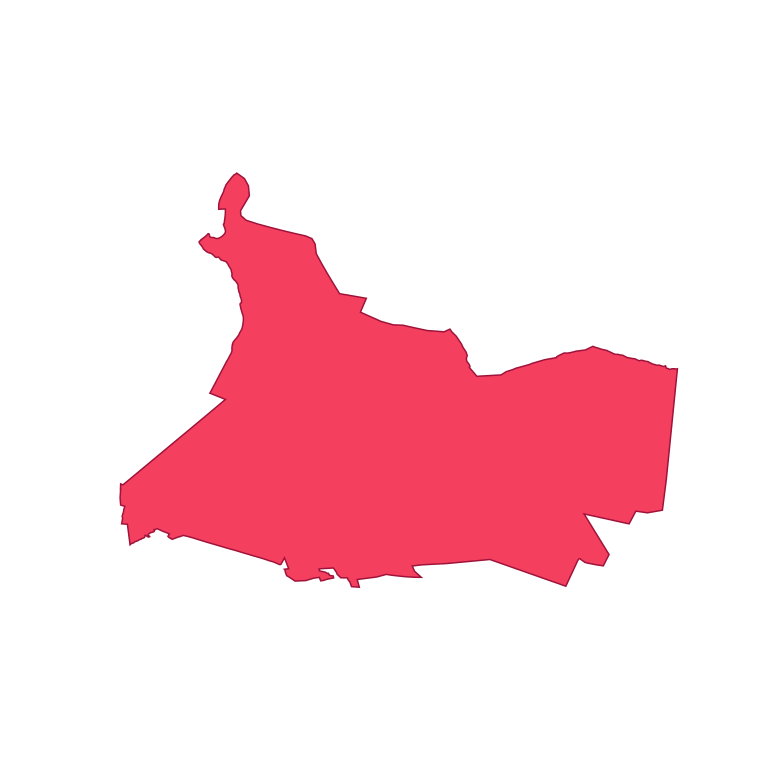 Ciuchici, Caras-Severin, Romania, rotated 166°
{"feature_id": "2599482B8913809213813", "entity_name": "Ciuchici", "entity_type": "district", "adm_level": 2, "iso_a3": "ROU", "parent_name": "Romania", "parent_adm1": "Caras-Severin", "projection": "equal_earth", "projection_center": [21.626, 44.928], "detail": "fine", "context": "isolated", "style": "filled", "palette": "rose", "viewbox_px": 768, "rotation_deg": 166, "n_neighbors": 0, "source": "geoboundaries", "source_scale": "gbopen_adm2", "svg_char_len": 6155}
<svg xmlns="http://www.w3.org/2000/svg" viewBox="0 0 768 768"><g transform="rotate(166 384 384)"><path d="M475.8,624.2L477.9,623.3L478.9,623.2L481.8,621.3L485.4,618.5L489.0,615.6L490.8,613.1L491.9,611.8L492.9,609.8L494.0,608.4L496.4,605.5L498.9,602.2L500.5,599.2L501.6,595.8L502.1,593.5L498.3,592.8L495.6,592.2L496.3,589.3L497.0,586.9L497.5,585.5L498.8,582.1L499.7,580.0L500.1,578.6L500.9,578.1L501.2,577.7L501.0,575.3L500.7,572.6L500.8,571.4L500.9,570.4L501.4,569.3L503.2,567.7L505.6,566.4L508.1,565.6L509.5,565.4L511.1,565.6L512.4,566.2L513.4,567.1L514.2,567.5L515.4,567.7L516.8,568.3L517.3,569.0L517.3,569.4L517.4,570.8L517.4,571.6L517.6,572.1L518.1,572.4L518.4,572.4L518.9,571.9L520.9,570.8L522.0,570.2L524.2,569.3L525.1,568.9L526.4,568.4L526.3,568.2L527.5,567.6L528.6,567.0L529.1,566.6L529.0,565.7L528.7,564.6L527.7,562.4L527.0,560.7L526.8,559.9L526.7,559.0L526.5,558.6L525.8,557.5L525.0,556.6L524.1,555.3L523.5,554.7L522.7,554.0L521.6,553.3L520.8,553.0L520.1,552.5L519.7,552.1L519.2,551.4L518.6,550.6L518.1,550.0L517.7,549.1L517.0,548.0L516.5,547.6L516.2,547.4L515.9,547.4L515.6,547.4L515.3,547.4L514.6,547.3L513.8,547.0L513.5,546.7L513.4,546.4L512.8,545.1L512.3,544.1L511.9,543.6L511.5,543.4L509.6,542.2L508.4,541.5L507.9,541.1L507.5,540.5L507.2,539.7L506.7,538.8L506.5,538.2L506.1,536.4L505.7,535.1L505.5,534.4L505.0,533.0L504.8,532.2L504.7,531.2L504.9,529.8L504.8,529.2L504.7,528.7L504.8,527.9L505.3,526.3L505.5,525.3L505.4,524.4L505.1,523.3L504.7,522.4L504.3,521.4L503.6,520.5L502.9,519.4L502.6,518.5L502.3,517.8L501.8,516.0L501.7,515.5L501.7,515.1L502.0,513.9L502.3,512.4L502.4,510.4L502.4,509.3L502.5,508.1L502.2,507.0L502.1,506.2L502.3,504.4L502.3,503.3L502.1,502.3L502.0,501.7L502.0,500.4L502.2,498.8L502.7,497.4L503.2,497.3L503.6,497.1L504.1,496.8L504.4,496.3L504.5,494.7L504.6,493.3L504.6,490.5L504.5,487.9L504.5,486.9L504.3,485.4L504.2,484.2L504.4,482.6L504.8,480.8L505.1,479.6L505.6,478.4L506.1,477.0L506.5,475.9L507.5,473.9L508.3,472.2L509.2,471.1L510.0,470.3L511.3,468.9L511.8,468.4L512.8,467.0L513.5,466.4L513.9,466.0L514.8,465.3L515.5,464.6L516.0,464.2L517.5,463.2L519.1,462.1L520.0,461.3L520.7,460.4L521.2,459.7L521.2,459.2L521.4,459.3L521.7,458.8L521.9,458.0L522.4,457.1L522.8,455.9L523.0,455.1L523.2,454.4L523.1,454.0L523.2,453.6L523.5,453.0L524.3,451.6L525.3,450.3L526.1,449.5L528.0,447.4L529.8,445.3L530.8,444.5L553.6,418.9L555.2,417.2L546.8,411.2L541.6,407.4L569.7,393.7L661.7,349.3L663.7,350.8L665.3,345.2L665.1,345.2L667.6,337.5L668.8,330.3L668.3,329.9L665.1,328.1L665.2,327.8L666.9,325.1L667.8,322.8L670.1,319.0L670.1,316.9L672.4,311.8L666.9,310.0L669.3,289.4L667.4,290.4L666.3,290.4L665.4,290.4L664.1,291.2L662.7,291.3L661.0,291.4L659.3,292.0L658.5,292.2L657.5,292.1L657.1,292.2L656.6,292.6L655.4,292.6L654.5,292.8L653.8,292.9L653.0,293.6L652.8,294.4L652.5,294.8L652.1,294.9L651.9,294.9L651.6,294.7L651.2,294.0L650.2,292.9L649.7,292.5L648.9,292.4L648.5,292.5L648.2,292.6L648.2,292.8L648.7,293.4L649.4,294.1L649.4,294.6L649.2,294.9L648.9,295.2L648.6,295.3L647.8,295.8L647.2,296.0L646.0,296.2L644.4,296.2L643.4,296.3L642.7,296.5L642.4,296.9L642.3,297.1L642.5,297.8L642.5,298.1L642.3,298.4L641.6,298.0L641.1,298.1L639.9,298.4L639.3,298.6L637.1,296.9L634.8,295.0L633.8,294.3L630.5,292.0L628.5,290.4L629.2,289.8L629.8,289.2L630.5,288.5L629.7,287.0L628.5,285.9L627.2,284.6L625.6,284.7L623.8,284.9L622.4,285.1L621.2,285.3L619.9,285.2L618.9,285.3L616.7,285.5L615.3,285.6L611.4,283.6L609.1,282.3L607.1,281.2L602.7,278.5L598.4,275.9L594.1,273.3L589.8,270.8L585.5,268.3L581.2,265.8L577.0,263.3L572.6,260.8L568.4,258.4L564.2,255.9L560.2,253.5L557.0,251.7L553.4,249.5L550.4,247.8L545.4,244.9L542.8,243.3L539.5,241.2L538.6,240.6L537.6,240.0L535.3,238.7L533.9,237.8L531.9,236.3L529.2,234.2L528.9,234.0L528.7,234.0L528.3,233.9L527.6,234.0L522.6,239.4L521.2,227.9L525.2,228.3L525.1,228.2L525.2,224.9L524.8,221.6L522.5,219.3L518.0,214.3L507.5,212.2L499.0,212.6L493.6,212.0L493.0,208.3L489.6,208.0L487.9,208.3L483.6,208.2L479.8,208.0L479.7,210.0L483.1,211.5L483.7,213.8L485.2,214.1L486.2,215.5L491.7,218.2L491.8,220.2L489.1,219.9L477.6,217.7L477.1,216.5L475.6,212.4L475.5,210.8L472.8,206.4L466.5,204.8L466.2,202.7L465.0,200.1L464.5,195.2L457.1,192.8L457.3,200.8L437.8,198.5L427.8,198.7L423.8,197.0L419.7,195.4L415.6,193.9L411.5,192.4L407.3,191.0L403.1,189.7L398.9,188.5L394.6,187.4L399.7,195.0L400.6,200.6L391.2,199.4L379.1,197.1L367.1,194.7L323.7,188.1L256.5,143.8L238.9,165.6L237.6,166.9L236.3,167.2L235.1,165.7L232.2,162.3L229.7,160.9L221.3,157.0L215.2,154.5L206.9,164.1L221.3,209.5L186.1,192.0L180.0,189.0L170.4,199.7L159.6,195.3L147.3,194.4L144.4,194.2L133.3,222.7L95.6,327.8L96.9,327.8L98.1,328.4L99.1,328.7L100.3,329.0L101.3,329.1L102.1,329.1L102.7,329.0L103.2,329.0L103.6,329.3L104.1,329.9L104.6,330.3L105.8,330.8L106.3,331.3L106.4,331.8L106.4,332.7L106.3,333.1L106.4,333.5L106.8,333.5L108.0,333.3L108.7,333.5L110.1,334.2L111.2,335.0L112.7,335.9L113.9,336.0L114.5,336.1L119.4,339.0L119.9,339.7L121.2,340.5L121.9,341.5L122.8,342.0L123.5,342.4L124.3,342.6L125.0,342.9L126.3,343.8L128.4,344.7L128.9,344.9L130.2,344.8L130.7,344.8L131.7,345.5L134.4,347.7L134.9,347.9L136.7,348.6L140.0,350.1L141.8,351.0L142.7,351.7L144.6,353.5L145.2,354.0L146.0,354.4L148.4,355.3L149.4,356.0L149.9,356.2L152.2,356.8L152.9,357.2L153.7,357.7L156.2,359.8L156.7,360.1L157.0,360.5L157.3,360.8L158.7,361.7L159.2,362.4L159.6,362.6L164.9,365.3L167.5,367.0L169.8,368.3L172.2,370.0L180.4,368.3L189.9,369.4L193.4,369.3L198.2,369.5L201.7,370.5L206.8,369.5L209.7,368.7L210.5,367.9L218.9,368.5L222.2,368.7L227.4,368.5L235.2,368.2L238.6,367.7L252.2,367.4L255.9,366.8L262.4,366.4L268.3,364.5L292.0,369.0L297.2,379.4L296.4,380.0L296.5,382.1L298.1,386.0L298.0,388.7L296.3,391.6L296.7,395.4L298.4,400.1L299.2,404.2L301.3,410.0L302.4,413.0L305.6,418.2L306.7,421.3L313.1,420.1L321.1,422.8L329.1,425.4L340.3,430.9L351.5,436.5L360.6,439.1L371.8,445.5L389.5,459.4L380.4,471.4L398.2,479.3L405.2,482.3L408.7,493.3L412.1,504.4L415.3,515.6L418.2,526.8L417.0,536.5L418.7,542.4L424.0,546.5L435.1,552.1L446.2,557.9L457.1,563.8L468.0,569.9L478.1,576.2L482.1,582.0L481.3,586.8L469.1,599.2L467.6,609.0L469.7,617.1L475.8,624.2Z" fill="#f43f5e" stroke="#9f1239" stroke-width="1.5"/></g></svg>